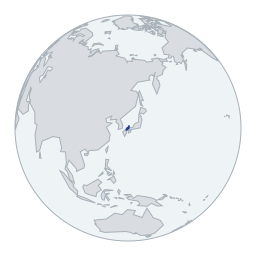 Shimane highlighted on a globe, orthographic projection
{"feature_id": "JPN-1824", "entity_name": "Shimane", "entity_type": "Prefecture", "adm_level": 1, "iso_a3": "JPN", "parent_name": "Japan", "parent_adm1": "", "projection": "orthographic", "projection_center": [132.68, 35.321], "detail": "fine", "context": "on_globe", "style": "filled", "palette": "blue", "viewbox_px": 256, "rotation_deg": 0, "n_neighbors": 0, "source": "natural_earth", "source_scale": "10m", "svg_char_len": 11661}
<svg xmlns="http://www.w3.org/2000/svg" viewBox="0 0 256 256"><circle cx="128" cy="128" r="113" fill="#eef3f6" stroke="#a8b0b8"/><path d="M207.6,195.9L207.5,196.4L207.4,196.5L207.6,195.9ZM216.8,58.7L216.4,58.4L217.4,59.5L218.8,61.4L216.7,59.2L216.8,60.4L211.7,57.4L201.3,50.0L202.2,49.4L199.6,48.0L198.3,48.8L198.1,49.7L187.4,48.0L182.0,53.1L183.9,57.4L180.7,54.6L186.8,64.9L186.2,70.8L184.6,62.6L182.7,60.6L181.2,63.6L179.0,62.3L177.0,63.1L174.4,61.3L173.7,57.0L172.0,55.9L171.0,58.1L167.9,58.0L169.5,54.8L164.2,54.4L162.0,47.8L168.5,41.9L165.1,37.9L166.1,31.2L163.8,30.9L162.7,28.5L159.7,27.3L160.7,26.7L157.4,26.3L157.0,27.1L155.4,27.2L153.6,26.7L154.6,25.7L155.7,25.9L155.0,25.3L156.3,25.1L154.6,24.9L156.1,24.0L152.0,24.1L150.9,22.7L152.5,22.3L155.9,23.4L168.0,26.1L170.7,26.5L171.3,25.8L164.9,22.1L166.4,22.4L166.0,22.0L163.6,21.2L163.0,21.3L158.3,20.0L158.2,20.5L156.3,20.2L154.8,20.6L151.3,19.6L148.7,18.4L149.7,18.1L148.6,17.7L144.5,17.4L143.6,16.6L139.7,16.0L147.8,17.1L155.9,18.9L163.7,21.2L171.5,24.1L178.9,27.5L186.1,31.5L193.0,36.0L199.6,41.0L205.7,46.5L211.5,52.4L216.8,58.7ZM229.1,117.6L228.2,115.6L229.3,115.8L229.1,117.6ZM227.2,115.1L227.7,115.6L227.2,115.4L227.2,115.1ZM226.7,115.4L227.1,115.2L226.7,115.7L226.7,115.4ZM226.1,116.1L226.4,115.7L226.4,115.8L226.1,116.1ZM224.8,116.5L224.5,116.6L224.7,115.9L224.8,116.5ZM198.4,50.4L198.5,49.0L200.5,48.9L200.6,50.2L198.4,50.4ZM194.3,51.1L193.7,49.8L196.7,51.1L196.1,51.4L194.3,51.1ZM185.8,61.0L186.4,59.3L186.6,61.4L185.8,61.0ZM177.1,63.5L177.7,64.4L176.4,64.5L177.1,63.5ZM156.8,21.2L155.8,20.9L156.6,21.0L156.8,21.2ZM157.1,21.8L158.7,22.0L159.1,22.4L158.1,22.2L157.1,21.8ZM171.3,61.9L169.1,61.8L171.2,61.1L171.3,61.9ZM155.0,21.4L159.6,22.9L160.2,23.5L156.9,23.3L155.0,21.4ZM167.7,61.3L162.2,61.4L163.0,63.4L157.7,58.1L164.1,59.6L166.6,58.3L166.3,60.0L167.7,61.3ZM157.7,27.6L158.0,26.7L159.4,28.0L157.7,27.6ZM159.0,28.4L165.7,32.8L164.3,34.0L162.3,32.2L161.9,34.5L158.0,32.9L157.3,31.3L159.0,30.8L156.2,30.7L159.0,28.4ZM155.7,55.2L154.3,54.7L155.6,54.5L155.7,55.2ZM154.9,27.4L156.4,28.1L155.3,29.2L152.2,28.1L153.5,28.1L154.9,27.4ZM163.7,35.9L162.4,36.7L158.8,35.6L157.8,35.7L157.7,33.0L163.7,35.9ZM152.8,27.5L150.6,27.5L149.4,26.5L153.4,26.9L152.8,27.5ZM156.3,30.0L155.7,30.5L155.0,29.8L156.3,30.0ZM144.1,23.4L145.9,24.0L145.5,24.5L144.1,23.4ZM149.8,27.6L150.2,27.9L150.3,28.3L148.6,28.1L149.8,27.6ZM155.2,32.5L154.0,32.0L155.1,33.6L152.4,33.0L152.9,31.3L151.6,31.8L150.8,31.6L152.1,30.5L155.2,32.5ZM147.0,29.0L146.7,26.9L143.5,25.6L143.7,25.0L148.9,27.3L147.0,29.0ZM149.9,29.9L148.2,29.2L149.4,28.7L151.3,28.9L149.9,29.9ZM150.5,33.2L154.4,34.5L154.2,34.9L150.5,33.2ZM145.8,28.7L145.9,29.2L145.5,28.6L145.8,28.7ZM148.8,31.9L150.2,32.2L149.9,32.6L148.8,31.9ZM145.0,30.0L144.9,29.3L146.2,29.3L145.0,30.0ZM146.5,30.9L145.8,31.3L146.7,29.8L147.2,31.0L146.5,30.9ZM148.3,32.1L148.6,32.5L147.7,31.9L148.3,32.1ZM140.1,30.2L141.0,28.2L143.8,28.4L142.6,30.2L140.1,30.2ZM52.3,44.6L51.3,45.5L51.0,45.8L52.3,44.6ZM40.6,57.0L38.8,59.2L39.7,58.4L34.1,67.5L32.6,72.1L38.2,67.2L40.7,59.6L44.6,55.3L45.4,58.8L43.7,66.1L45.2,64.7L49.1,57.9L51.7,57.8L50.8,55.5L49.0,57.8L48.4,56.6L50.1,54.5L50.9,54.4L52.3,52.0L47.9,53.4L45.5,55.9L47.2,51.6L43.5,55.4L42.9,55.4L49.0,49.0L50.7,47.7L59.6,39.8L58.0,40.6L49.5,48.3L50.8,46.8L48.6,48.5L51.4,46.0L61.1,37.8L64.6,34.9L64.5,35.0L70.2,31.3L71.6,30.5L77.5,27.4L74.7,29.0L76.2,28.3L73.8,29.9L74.7,30.4L72.9,32.1L77.4,31.0L77.1,31.8L74.5,32.2L71.7,33.5L67.7,38.4L68.1,39.0L71.4,37.9L69.9,39.6L73.6,38.0L73.3,40.8L76.7,36.2L80.6,35.4L82.7,36.5L84.6,35.5L81.2,33.8L79.3,33.9L76.6,35.2L71.9,35.3L72.4,34.0L79.6,31.1L81.1,29.1L86.1,28.2L92.4,32.8L92.8,35.7L84.8,42.4L82.3,42.1L83.9,39.4L78.6,42.7L80.9,42.0L79.6,43.5L83.0,43.5L82.3,44.6L86.9,42.8L86.3,44.1L83.5,45.3L88.1,46.8L88.2,49.8L89.6,49.6L91.1,48.6L90.2,53.3L91.2,53.0L92.0,51.3L94.6,49.7L98.8,48.8L98.2,50.5L96.6,51.0L92.5,54.9L88.3,56.4L88.5,57.0L92.0,56.1L97.1,51.4L99.8,50.4L97.7,52.7L98.7,51.8L99.9,51.8L100.5,53.5L103.0,51.1L116.6,50.4L119.2,54.0L115.9,55.9L124.8,58.2L127.1,62.6L127.7,61.0L132.5,61.4L131.8,59.9L132.5,59.2L144.4,60.3L146.7,62.1L152.6,61.3L152.9,60.5L151.5,59.1L157.7,58.1L163.0,63.4L162.0,64.8L166.0,67.4L163.1,70.5L162.5,74.4L157.0,76.6L157.0,79.7L158.6,80.4L159.9,85.5L156.9,94.0L152.4,83.9L155.4,72.0L153.5,76.4L151.9,74.6L149.9,75.7L148.8,79.1L150.0,80.0L137.6,82.2L130.8,90.5L136.3,91.3L138.4,94.8L135.5,106.3L120.2,119.1L122.9,125.0L122.2,128.4L118.0,129.5L118.9,124.6L115.7,122.0L116.9,119.3L110.3,119.9L111.7,116.0L105.9,118.7L106.7,122.3L112.0,123.0L106.4,127.3L110.1,134.2L109.1,140.9L98.0,149.9L88.9,150.7L88.0,152.6L85.2,149.2L80.2,151.6L84.6,164.8L84.0,167.9L76.5,171.4L76.6,169.0L69.0,160.1L66.7,166.9L72.4,175.4L74.4,183.2L69.6,179.2L67.7,172.2L65.0,168.8L66.4,162.7L65.4,151.9L60.6,151.6L61.6,147.8L59.5,137.6L53.0,136.6L42.2,141.1L39.7,150.2L36.5,152.1L35.0,134.8L37.1,124.8L34.9,123.6L34.8,112.2L29.9,103.0L30.7,99.9L29.4,99.2L29.6,93.9L31.4,89.1L30.8,87.3L26.4,100.0L27.2,102.1L30.0,100.9L28.4,104.8L28.4,110.9L23.0,114.3L18.1,108.8L20.2,101.4L29.6,76.7L30.7,75.3L30.9,75.1L31.1,74.7L29.4,76.6L31.9,72.2L24.1,87.5L21.7,93.1L18.0,109.0L17.7,109.3L17.3,113.5L19.0,118.2L18.5,120.3L16.1,127.0L15.4,129.5L15.6,120.8L16.5,112.1L18.0,103.6L20.3,95.1L23.1,86.9L26.6,79.0L30.7,71.3L35.3,63.9L40.6,57.0ZM39.3,77.8L40.0,82.5L44.2,76.6L44.8,78.0L46.0,75.6L44.5,76.2L48.1,70.0L50.0,71.0L52.2,69.0L52.1,67.3L48.0,66.7L42.8,75.3L40.7,75.9L39.3,77.8ZM86.8,24.0L84.6,24.9L83.4,25.1L85.8,23.8L87.5,23.4L86.8,24.0ZM81.7,26.3L88.2,24.2L87.0,25.3L86.6,25.0L85.2,25.9L84.1,25.7L76.5,29.0L75.0,29.4L80.1,26.2L79.3,26.9L81.5,25.8L81.7,26.3ZM107.0,19.7L109.8,19.5L103.6,21.9L101.7,21.8L103.9,20.3L107.4,19.4L107.0,19.7ZM148.2,21.0L149.7,21.3L149.4,21.5L147.9,21.5L148.2,21.0ZM145.0,23.6L141.5,20.3L143.0,20.4L139.1,18.7L141.6,18.3L144.0,19.3L143.0,18.0L146.2,18.8L145.1,17.9L150.3,20.2L153.1,21.1L149.0,20.2L146.6,20.5L146.4,20.9L148.0,22.7L153.0,25.0L151.4,25.9L149.0,26.0L147.6,25.5L149.0,25.0L146.1,24.8L147.1,23.8L145.0,23.6ZM121.6,29.5L123.9,28.4L118.2,29.1L119.2,27.6L118.5,27.7L117.8,26.6L115.8,25.6L116.7,25.0L115.5,24.9L115.1,24.3L113.7,24.0L115.0,22.8L113.4,22.4L114.9,22.2L111.9,21.8L114.7,21.6L114.4,20.9L111.8,21.5L121.9,17.6L123.9,16.5L124.1,15.9L128.9,16.0L131.8,16.8L133.1,18.2L130.4,19.4L133.0,19.4L132.5,20.0L130.7,19.7L133.2,20.5L132.3,21.0L133.5,23.0L137.8,24.2L138.3,25.1L136.2,24.9L138.2,26.0L134.5,26.3L134.8,27.0L131.5,28.2L127.2,27.6L127.9,28.5L125.4,29.6L121.6,29.5ZM139.1,30.4L133.7,29.8L131.6,28.8L138.3,27.2L138.5,26.5L142.8,25.7L145.7,27.4L144.2,27.4L143.5,27.8L142.8,27.1L142.8,28.0L140.8,28.2L140.2,28.9L138.6,28.5L139.1,30.4ZM51.3,45.6L50.4,46.6L49.3,47.8L47.9,49.0L51.3,45.6ZM57.9,39.9L57.3,40.4L54.8,42.4L55.8,41.5L57.9,39.9ZM59.1,39.2L57.5,40.3L59.0,39.2L59.1,39.2ZM74.1,32.7L73.8,33.4L72.9,33.8L72.1,33.8L74.1,32.7ZM104.8,32.1L106.5,31.4L106.9,31.7L110.9,31.3L110.5,32.6L107.9,33.3L104.8,32.1ZM37.4,66.9L36.6,66.8L37.4,65.5L37.5,65.8L37.4,66.9ZM41.5,57.2L39.5,60.1L41.1,57.5L41.5,57.2ZM105.0,33.4L106.7,33.1L105.5,33.9L105.0,33.4ZM110.4,33.5L109.2,34.5L110.9,32.7L110.4,33.5ZM101.7,205.6L105.1,206.7L105.0,207.0L101.7,205.6ZM98.0,203.6L101.9,204.5L97.5,204.3L98.0,203.6ZM103.4,204.8L107.4,204.8L109.1,204.5L108.8,205.2L103.4,204.8ZM95.5,203.0L81.9,199.2L76.7,196.4L77.8,195.3L86.2,198.4L95.5,203.0ZM77.4,195.2L69.6,188.1L59.9,170.7L63.4,172.6L73.7,184.9L73.0,186.0L77.7,191.1L77.4,195.2ZM96.7,192.9L96.0,196.7L88.4,194.4L85.0,192.8L82.7,187.0L84.0,184.7L86.7,185.6L98.0,179.2L101.8,182.4L98.2,185.5L101.4,189.8L96.7,192.9ZM39.9,151.4L41.0,158.3L39.3,158.0L39.9,151.4ZM103.1,173.5L98.2,176.7L102.8,172.0L103.1,173.5ZM106.2,168.7L106.2,171.0L104.6,168.5L106.2,168.7ZM87.4,155.6L84.5,155.2L84.7,153.6L88.6,153.2L87.4,155.6ZM108.2,146.5L107.3,151.2L106.4,152.7L105.5,149.5L108.2,146.5ZM103.8,45.4L98.7,44.3L94.7,44.8L92.1,46.8L93.6,43.7L99.7,43.0L103.8,45.4ZM115.1,49.5L117.4,48.0L117.9,49.2L117.4,49.7L115.1,49.5ZM115.4,48.3L115.5,45.6L117.8,45.1L117.3,47.3L115.4,48.3ZM110.0,38.9L108.5,38.5L109.6,37.7L110.0,38.9ZM182.0,226.2L183.7,225.6L180.6,227.4L176.2,229.7L171.6,231.7L182.0,226.2ZM146.9,237.2L145.8,236.2L150.9,235.6L149.6,236.7L146.9,237.2ZM185.2,224.3L187.9,222.2L188.1,220.9L188.8,221.7L191.9,220.1L184.9,224.9L185.2,224.3ZM125.7,231.5L104.7,232.4L99.7,231.0L100.3,229.7L94.5,223.6L96.0,224.1L94.2,220.1L106.3,219.0L114.7,213.2L122.2,214.6L127.4,209.6L135.3,210.5L133.4,214.6L142.1,217.5L146.9,208.1L153.2,217.7L160.3,220.3L163.4,225.0L154.6,233.2L148.6,235.0L147.0,234.7L144.6,235.4L140.3,235.4L137.0,233.4L134.7,234.1L136.5,232.4L133.3,233.9L130.6,232.4L125.7,231.5ZM183.0,211.8L184.5,211.7L187.0,212.4L184.7,212.8L183.0,211.8ZM204.0,199.4L204.8,199.7L203.3,200.6L204.0,199.4ZM207.4,196.5L205.5,197.7L207.6,195.9L207.4,196.5ZM189.4,204.8L190.2,205.1L189.7,205.5L189.4,204.8ZM188.8,204.7L189.5,203.6L189.5,204.5L188.8,204.7ZM181.7,201.2L182.4,200.5L182.8,200.8L181.7,201.2ZM110.2,207.6L114.9,205.5L117.6,205.6L110.2,207.6ZM180.4,200.3L178.3,200.6L178.5,200.0L180.4,200.3ZM180.4,199.0L180.2,198.2L181.6,199.8L180.4,199.0ZM176.4,197.9L179.0,198.9L176.1,198.1L176.4,197.9ZM175.0,198.4L173.2,198.0L173.3,197.7L175.0,198.4ZM155.6,201.4L162.2,205.8L157.1,206.0L151.3,203.3L147.2,206.2L137.6,205.6L139.7,204.0L138.3,201.2L128.6,199.5L126.6,197.6L130.0,196.6L123.8,194.6L130.6,194.4L133.4,198.3L137.3,195.6L144.3,196.5L151.2,197.8L156.9,200.3L155.6,201.4ZM130.8,202.6L132.0,202.6L131.0,203.7L130.8,202.6ZM169.7,196.4L172.3,197.9L172.1,198.3L170.8,198.2L169.7,196.4ZM158.2,199.6L164.3,196.1L165.8,196.1L161.8,199.8L158.2,199.6ZM162.7,194.3L165.7,194.5L167.3,196.0L166.7,196.6L162.7,194.3ZM116.9,197.7L116.6,198.7L114.9,197.7L116.9,197.7ZM119.1,197.4L124.4,199.1L118.6,198.2L119.1,197.4ZM103.6,191.2L105.1,194.0L109.7,193.2L106.2,194.9L109.5,199.5L108.4,200.8L105.2,195.9L104.2,200.2L102.2,199.7L101.0,195.6L102.9,191.2L105.0,189.6L113.4,190.3L103.6,191.2ZM119.0,194.4L117.6,191.2L118.7,189.4L120.2,191.1L119.0,194.4ZM113.8,183.4L110.4,179.2L107.1,180.0L114.0,176.1L116.0,180.7L113.8,183.4ZM111.2,174.9L108.1,175.6L111.5,173.3L111.2,174.9ZM107.5,174.3L107.4,171.7L109.7,172.5L107.5,174.3ZM112.8,175.3L113.7,171.1L114.7,173.8L112.8,175.3ZM106.9,165.7L111.6,170.9L105.2,167.8L105.9,159.2L108.7,159.6L106.9,165.7ZM128.6,133.1L128.4,130.5L131.2,130.3L130.5,132.1L128.6,133.1ZM140.1,127.9L131.9,129.4L125.2,130.8L126.9,132.3L124.6,136.4L122.6,131.9L127.9,127.8L132.8,127.5L134.3,124.0L138.4,122.0L138.7,117.3L140.8,115.6L142.0,119.8L140.1,127.9ZM138.7,115.3L140.7,107.4L145.6,109.1L146.3,111.2L143.3,114.1L140.9,113.0L138.7,115.3ZM142.7,106.1L140.4,105.0L138.5,92.7L139.4,90.7L143.3,100.5L141.4,100.1L141.0,102.9L142.7,106.1ZM154.3,55.7L154.3,54.8L155.2,55.7L154.3,55.7ZM132.0,58.4L133.1,57.6L134.2,58.5L132.0,58.4ZM136.6,55.8L134.7,55.4L137.0,55.1L136.6,55.8ZM130.3,54.6L134.0,54.9L130.1,55.6L130.3,54.6Z" fill="#d9dde1" stroke="#a8b0b8" stroke-width="1"/><path d="M126.4,129.3L126.5,129.3L126.6,129.2L126.8,129.0L126.9,128.9L127.0,128.9L127.1,128.7L127.3,128.6L127.4,128.4L127.5,128.4L127.7,128.2L127.8,128.1L128.0,128.0L128.0,127.9L127.9,127.8L128.0,127.8L128.0,127.7L128.3,127.6L128.5,127.6L128.7,127.4L128.7,127.5L128.8,127.5L129.0,127.5L128.9,127.5L129.0,127.8L129.0,128.0L128.8,128.2L128.8,128.3L128.7,128.5L128.4,128.5L128.2,128.5L128.0,128.8L127.9,128.8L128.0,128.9L127.9,129.0L127.7,129.0L127.4,129.1L127.2,129.1L127.1,129.3L127.1,129.5L126.9,129.8L126.8,130.0L126.7,130.0L126.5,129.9L126.4,129.7L126.4,129.4L126.4,129.3ZM129.1,126.1L129.1,126.3L128.9,126.3L128.8,126.2L129.0,126.0L129.1,126.1ZM128.6,126.4L128.6,126.5L128.4,126.5L128.5,126.5L128.5,126.4L128.6,126.4ZM128.7,126.4L128.7,126.5L128.7,126.4Z" fill="#3b82f6" stroke="#1e3a8a" stroke-width="1.5"/></svg>